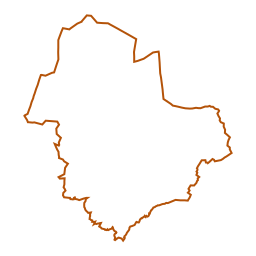 Agios Nikolaos Pafou, Paphos, Cyprus (Mercator projection)
{"feature_id": "46923920B40662832692624", "entity_name": "Agios Nikolaos Pafou", "entity_type": "district", "adm_level": 2, "iso_a3": "CYP", "parent_name": "Cyprus", "parent_adm1": "Paphos", "projection": "mercator", "projection_center": [32.759, 34.885], "detail": "fine", "context": "isolated", "style": "outline", "palette": "amber", "viewbox_px": 256, "rotation_deg": 0, "n_neighbors": 0, "source": "geoboundaries", "source_scale": "gbopen_adm2", "svg_char_len": 4005}
<svg xmlns="http://www.w3.org/2000/svg" viewBox="0 0 256 256"><path d="M24.7,115.4L24.4,115.8L24.9,116.6L27.1,120.1L27.9,122.2L28.4,122.2L32.4,122.6L34.4,122.4L42.3,124.5L45.7,120.7L57.3,121.6L59.0,124.7L56.3,128.6L56.7,134.0L60.9,137.8L58.8,142.5L59.2,144.9L58.8,145.6L54.7,143.9L56.1,147.2L57.2,149.6L58.5,151.8L58.7,155.0L59.1,156.8L59.0,158.0L62.9,159.5L64.1,161.3L67.9,163.7L65.1,167.8L64.3,174.2L58.6,177.1L58.8,177.3L59.8,178.6L64.6,178.3L64.4,181.2L64.4,184.3L63.6,187.3L64.7,188.9L65.5,190.6L63.3,192.9L63.0,195.3L64.1,197.3L66.9,197.6L69.3,197.9L70.0,197.9L70.4,199.1L71.0,199.1L72.6,199.4L73.6,199.3L73.9,197.9L74.8,197.4L75.4,199.0L77.5,199.4L79.2,200.1L80.1,199.8L83.8,198.5L86.2,197.9L87.4,197.9L85.9,199.0L85.5,201.1L84.3,202.9L84.2,204.7L84.2,205.6L84.3,207.2L84.9,208.1L85.3,209.7L86.5,211.2L87.5,212.0L88.2,212.9L90.8,212.5L90.1,214.2L90.0,215.3L90.2,215.9L90.1,216.2L89.8,217.2L89.6,219.0L90.1,219.1L90.8,219.9L92.3,220.4L92.5,221.1L92.2,221.8L93.1,221.9L94.1,222.0L95.1,221.7L94.0,224.2L95.0,223.6L96.4,224.0L96.6,223.9L96.9,223.8L97.9,223.5L98.5,223.5L99.7,223.2L100.9,223.0L99.2,226.5L101.0,227.6L101.6,228.5L104.5,229.2L104.9,229.3L105.0,229.8L106.7,230.1L107.4,229.3L107.9,230.0L108.4,230.1L109.6,229.3L111.6,228.7L112.6,227.1L112.8,227.3L113.4,229.5L114.5,231.0L115.9,231.7L116.4,232.4L116.1,233.1L115.0,233.8L114.4,234.6L114.3,235.7L115.2,237.8L114.5,239.7L115.1,240.1L117.3,238.4L118.6,237.6L120.0,238.0L121.7,238.6L123.1,240.6L124.6,238.5L124.7,237.8L124.1,237.5L124.5,236.2L125.3,235.6L126.3,234.2L126.9,232.8L127.8,231.6L128.5,230.7L129.2,229.7L129.5,227.6L130.3,226.5L131.9,226.1L134.6,225.0L135.4,223.6L136.1,222.3L136.5,221.9L138.2,222.5L138.9,222.4L139.6,220.9L139.8,220.1L140.1,219.4L141.4,218.2L141.8,218.0L142.0,218.2L143.0,217.4L143.7,216.8L144.3,216.6L144.5,216.3L144.6,216.7L145.0,216.8L145.5,217.1L145.8,216.2L146.3,215.9L146.5,216.2L147.2,216.6L147.4,216.4L148.1,216.3L148.6,215.8L148.9,215.2L149.1,214.4L149.1,213.9L149.4,214.1L149.6,214.0L149.9,213.3L150.1,212.6L150.2,212.1L150.6,211.4L150.9,210.7L151.2,210.5L151.3,210.1L151.8,209.8L152.4,209.0L152.9,208.3L153.1,208.0L153.4,207.5L154.1,207.3L154.8,207.1L155.6,206.4L156.6,206.0L157.2,205.7L157.8,205.3L158.9,205.4L159.6,205.1L160.4,204.9L161.0,204.6L161.8,204.3L162.7,204.0L164.8,203.8L166.2,202.9L167.8,203.1L175.5,199.9L180.0,200.3L184.3,200.3L187.8,200.6L188.1,200.0L189.8,197.3L190.8,194.8L187.9,192.7L188.7,191.8L189.6,190.5L188.5,188.9L190.6,185.4L194.1,185.5L196.4,182.9L197.1,180.9L197.9,180.2L197.7,178.4L199.2,177.0L196.4,174.9L197.3,172.7L196.5,171.6L197.3,170.4L197.5,169.2L196.9,168.3L198.0,166.2L199.7,163.6L201.7,160.3L205.4,160.2L205.9,162.5L207.7,162.7L207.9,163.1L209.4,161.9L212.5,159.0L214.0,159.8L214.8,161.3L216.9,160.9L220.9,160.1L222.9,158.9L224.6,157.5L225.7,156.9L226.7,156.3L231.6,153.0L229.8,149.4L229.8,147.5L227.4,145.6L227.8,142.4L228.5,140.1L229.9,137.3L227.4,135.0L224.9,132.9L225.1,129.7L223.7,126.7L223.8,123.5L220.8,122.2L219.7,120.4L220.0,118.4L218.6,116.2L217.4,113.5L218.9,111.3L219.1,110.8L218.1,109.4L215.3,108.8L213.0,106.8L210.8,106.7L209.7,105.9L207.9,106.5L205.2,106.5L202.5,107.5L200.5,108.2L198.1,108.1L196.0,107.8L192.3,108.5L189.8,108.6L185.4,108.3L181.8,107.6L178.1,106.7L175.4,106.1L172.8,105.6L171.0,104.0L163.5,99.0L162.8,92.1L162.6,89.6L161.0,77.4L160.2,73.3L159.6,62.4L158.9,53.4L158.6,51.6L155.8,52.0L153.0,52.5L144.4,58.3L143.6,58.8L141.0,59.7L137.7,60.9L136.9,61.1L134.6,61.7L134.2,61.8L134.2,56.3L134.0,52.0L135.5,43.1L136.2,39.1L129.0,35.0L119.7,29.8L118.7,29.2L111.6,25.3L109.9,24.4L108.6,23.6L108.0,23.3L102.7,23.1L97.1,22.7L91.1,15.8L86.8,15.4L81.6,21.5L81.5,21.8L81.4,21.8L77.3,23.6L70.1,28.7L69.4,29.4L63.6,28.3L62.9,28.2L61.5,31.5L59.4,37.1L58.3,40.1L58.3,48.0L58.2,51.4L58.2,53.0L58.4,59.4L56.7,64.4L54.1,72.4L52.0,72.8L45.5,75.7L41.5,74.9L40.9,75.0L39.3,79.5L37.7,84.9L36.2,88.7L34.5,94.0L34.1,94.9L33.6,96.4L33.2,98.2L31.6,102.1L30.4,106.3L29.1,109.6L28.7,110.8L27.6,113.9L24.7,115.4Z" fill="none" stroke="#b45309" stroke-width="2"/></svg>